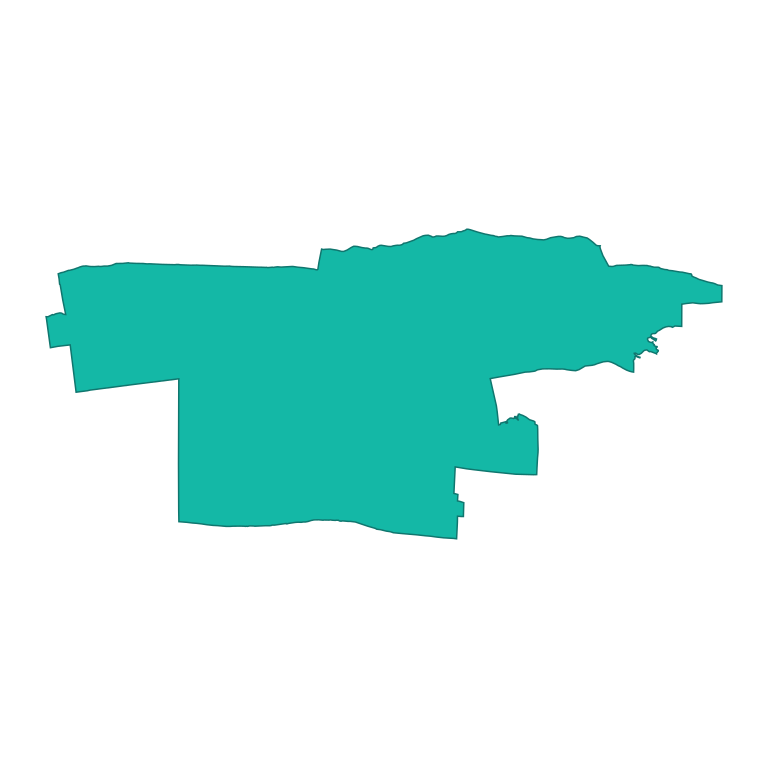 Gogosu, Dolj, Romania (Albers equal-area conic projection)
{"feature_id": "2599482B40492403167695", "entity_name": "Gogosu", "entity_type": "district", "adm_level": 2, "iso_a3": "ROU", "parent_name": "Romania", "parent_adm1": "Dolj", "projection": "albers", "projection_center": [23.374, 44.414], "detail": "fine", "context": "isolated", "style": "filled", "palette": "teal", "viewbox_px": 768, "rotation_deg": 0, "n_neighbors": 0, "source": "geoboundaries", "source_scale": "gbopen_adm2", "svg_char_len": 6080}
<svg xmlns="http://www.w3.org/2000/svg" viewBox="0 0 768 768"><path d="M456.6,538.8L457.4,522.2L457.5,516.2L461.0,516.5L463.4,516.5L463.8,502.7L459.9,501.4L457.5,500.9L457.9,494.5L453.9,493.4L455.2,466.9L466.6,468.8L474.6,469.8L490.8,471.7L515.5,474.2L533.4,474.7L536.7,474.6L537.0,467.5L537.5,458.2L538.0,452.7L538.1,449.3L537.8,438.8L537.7,429.4L537.5,425.7L537.0,425.1L535.8,424.6L535.0,424.1L534.9,421.9L533.8,421.1L529.5,419.7L526.0,417.1L522.7,415.4L520.3,414.6L519.3,414.0L518.3,414.3L518.2,415.7L517.9,416.1L517.5,416.1L517.7,419.1L518.3,419.9L518.2,420.0L517.9,419.9L517.5,419.5L517.3,419.0L517.0,418.9L516.2,418.3L516.4,417.3L516.2,417.0L515.8,416.7L514.9,416.5L514.7,416.6L514.7,416.9L515.2,417.3L515.2,417.6L514.9,417.9L514.7,417.9L514.7,418.2L513.7,418.2L513.5,418.5L511.7,418.1L510.1,418.1L507.6,419.9L507.0,420.8L506.9,421.5L507.5,422.3L507.5,422.9L506.6,423.2L506.0,423.1L505.9,421.7L500.7,423.1L500.3,424.5L498.6,424.9L497.2,411.8L496.4,405.9L490.2,378.6L498.9,377.0L514.2,374.4L525.3,372.1L529.3,371.9L533.8,371.3L535.2,371.0L537.5,369.8L542.7,368.9L549.2,368.8L556.8,369.1L562.3,369.0L564.6,369.2L566.8,369.7L571.8,370.4L575.7,370.7L579.1,369.6L585.2,366.0L592.0,365.3L594.7,364.7L596.8,363.8L603.3,361.8L607.3,361.4L608.9,361.5L611.6,362.3L615.8,364.2L618.3,365.7L620.4,366.6L622.8,368.1L626.6,370.1L629.5,371.2L631.7,371.8L633.6,372.1L633.7,368.9L633.7,363.3L633.4,360.8L633.9,359.7L634.8,358.9L635.0,358.0L634.9,356.6L636.4,356.4L637.6,357.1L639.8,357.8L640.0,357.3L638.1,356.7L635.6,355.1L634.3,353.8L634.2,353.3L635.7,353.1L637.3,354.2L639.0,354.6L641.3,353.3L644.0,350.6L645.0,350.2L646.8,349.9L649.3,351.7L650.8,351.6L655.6,353.4L656.5,353.9L656.5,353.2L658.2,351.2L658.3,350.6L657.8,350.0L656.9,349.7L656.3,349.1L656.1,347.7L657.1,347.1L657.1,346.6L655.5,346.3L654.1,345.5L654.3,344.7L653.7,344.2L653.0,343.5L652.8,342.7L652.8,341.9L651.6,342.5L650.0,342.2L648.4,341.4L647.9,340.2L647.5,339.2L647.6,338.4L648.1,337.9L651.0,337.1L651.5,338.2L653.9,339.6L655.7,340.9L656.1,340.3L656.5,339.0L655.4,338.5L653.2,337.9L650.8,336.1L651.1,335.0L651.6,334.2L652.6,333.6L654.6,333.6L655.6,333.3L657.0,331.9L657.3,331.3L659.4,330.3L663.0,328.0L665.8,326.9L668.6,326.4L671.6,326.7L672.2,327.3L672.9,327.1L674.9,326.0L681.7,326.4L681.8,304.2L686.2,303.5L692.7,302.8L698.1,303.5L700.5,303.7L703.9,303.6L708.6,303.3L712.7,302.7L721.8,301.8L721.9,285.6L717.7,285.0L714.9,283.7L712.7,283.0L711.3,282.8L707.7,282.0L703.2,280.6L699.0,279.4L696.2,278.0L693.4,276.9L691.8,275.9L691.7,274.8L691.1,273.9L689.3,273.7L682.4,272.2L679.8,272.0L672.2,270.7L668.9,270.4L667.0,269.7L664.7,269.5L660.6,268.5L659.0,267.4L657.9,267.2L654.2,267.2L651.6,266.6L650.1,266.1L648.8,266.0L647.1,265.5L642.6,265.4L638.4,265.6L633.2,265.1L632.0,264.6L630.7,264.5L630.3,264.7L625.6,265.1L616.4,265.4L613.7,266.3L612.1,266.5L608.7,266.2L602.9,255.6L600.5,249.2L599.9,246.9L600.2,245.8L597.6,245.7L596.3,245.3L593.1,242.4L589.7,239.7L587.2,238.0L583.3,237.1L581.1,236.5L579.7,236.2L576.4,236.5L573.7,237.7L569.9,238.2L567.6,238.3L564.3,237.6L563.3,237.1L562.1,236.7L560.6,236.4L558.4,236.4L550.6,237.7L546.5,239.3L543.6,239.9L541.4,239.7L537.7,239.5L533.1,238.9L529.9,238.0L527.2,237.7L522.0,236.2L514.3,235.9L510.9,235.5L509.3,235.8L507.2,235.8L502.6,236.5L498.3,237.0L497.1,236.5L495.3,236.3L493.6,235.6L491.0,235.3L486.4,234.3L485.5,234.2L477.7,232.1L470.5,229.8L468.4,229.3L466.8,229.2L466.1,229.6L465.6,230.2L463.0,231.0L461.8,231.6L460.4,231.8L457.6,231.8L456.4,233.0L454.8,233.5L453.2,233.5L451.1,233.8L448.9,234.4L446.6,235.6L444.5,236.2L442.7,236.3L438.2,236.0L436.3,236.0L434.8,236.7L433.4,237.0L432.2,237.0L431.8,236.5L428.3,235.2L425.2,235.4L423.1,235.8L416.5,238.7L413.8,240.2L406.3,242.9L403.5,243.3L402.6,244.3L401.2,244.9L399.2,245.3L397.6,245.2L395.8,245.4L393.0,245.9L391.9,246.3L390.8,246.5L388.2,246.4L381.5,245.3L379.8,245.4L377.6,246.4L376.5,247.3L375.7,247.6L373.2,247.9L372.7,249.4L372.1,249.6L371.3,249.6L369.9,249.1L368.4,248.4L367.0,248.1L365.6,248.1L362.1,247.6L357.4,246.5L355.2,246.3L353.6,246.3L351.2,247.5L347.2,250.0L343.8,251.4L341.5,251.4L336.7,250.1L330.1,249.1L325.4,249.3L323.3,249.5L321.6,249.1L320.9,252.5L318.9,262.6L317.9,269.2L317.2,269.8L316.3,269.8L313.6,269.0L312.0,268.9L303.5,267.7L297.9,267.2L293.1,266.5L291.6,266.5L281.1,267.1L277.6,266.8L274.9,267.1L273.8,267.4L272.4,267.2L267.7,267.6L266.3,267.3L265.6,267.4L260.7,267.2L258.6,267.2L243.5,266.7L233.3,266.5L230.7,266.3L229.6,266.1L224.8,266.2L203.0,265.3L200.3,265.3L196.9,265.1L190.8,265.2L180.5,264.8L178.7,264.5L176.3,264.5L174.9,264.7L162.2,264.4L149.5,263.8L147.1,263.9L143.2,263.5L136.1,263.4L129.6,263.1L128.4,262.8L122.7,263.4L116.1,263.5L111.7,265.3L107.5,266.1L103.9,266.1L101.7,266.4L99.9,266.5L98.7,266.3L94.4,266.6L90.1,266.5L86.0,265.9L84.4,266.1L83.2,266.1L82.1,266.3L79.5,267.1L78.3,267.7L76.9,268.1L74.0,269.2L69.7,270.3L68.4,270.4L63.5,272.2L61.1,272.7L58.2,273.8L59.1,278.9L59.6,284.2L60.2,284.8L62.8,300.2L65.7,314.5L63.8,314.3L62.6,313.8L61.8,313.2L59.9,312.9L56.1,313.7L54.4,314.4L53.9,314.8L53.0,314.8L52.4,314.6L47.9,316.8L46.1,316.7L46.5,319.0L50.4,347.7L58.0,346.3L70.2,344.9L76.1,392.2L87.6,390.7L90.1,390.1L133.3,384.5L178.8,378.8L178.5,463.7L178.7,510.6L178.9,521.7L186.8,522.3L192.4,523.0L196.5,523.3L201.6,523.9L206.8,524.7L213.1,525.4L217.3,525.6L226.3,526.4L229.9,526.4L232.7,526.2L240.2,526.1L244.1,526.2L245.6,526.4L246.3,526.2L247.4,526.4L249.7,525.9L253.5,526.0L254.8,526.2L265.7,525.7L269.9,525.7L271.3,525.5L272.0,525.1L274.7,525.1L285.1,523.6L286.2,523.5L286.3,523.8L287.0,523.9L287.8,523.6L289.3,523.3L295.3,522.4L298.1,522.2L301.1,522.3L303.2,522.0L305.3,522.0L308.0,521.5L311.1,520.5L314.0,519.9L318.8,519.8L323.2,520.2L323.9,520.0L329.1,520.1L330.4,519.9L332.2,520.2L335.5,520.4L336.0,520.2L338.6,520.3L339.3,520.9L341.0,521.2L342.5,520.9L345.1,521.1L348.2,521.4L350.4,521.4L355.4,522.0L367.8,526.2L375.7,528.5L376.2,529.0L376.7,529.2L380.6,529.7L386.2,531.1L390.2,531.7L391.6,532.1L393.2,532.7L402.5,533.6L416.6,534.8L425.7,535.8L430.5,536.2L436.2,537.0L443.5,537.8L453.4,538.4L456.6,538.8Z" fill="#14b8a6" stroke="#0f766e" stroke-width="1.5"/></svg>